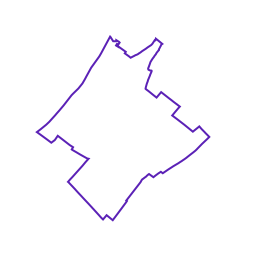 Vanatori, Galati, Romania (Equal Earth projection), rotated 217°
{"feature_id": "2599482B17748522296456", "entity_name": "Vanatori", "entity_type": "district", "adm_level": 2, "iso_a3": "ROU", "parent_name": "Romania", "parent_adm1": "Galati", "projection": "equal_earth", "projection_center": [28.001, 45.514], "detail": "fine", "context": "isolated", "style": "outline", "palette": "violet", "viewbox_px": 256, "rotation_deg": 217, "n_neighbors": 0, "source": "geoboundaries", "source_scale": "gbopen_adm2", "svg_char_len": 2915}
<svg xmlns="http://www.w3.org/2000/svg" viewBox="0 0 256 256"><g transform="rotate(217 128 128)"><path d="M198.3,69.9L193.5,70.0L185.2,70.1L180.6,70.1L180.4,70.1L179.3,73.9L179.2,74.4L179.2,75.1L179.4,79.5L164.3,79.3L160.3,79.6L160.0,77.0L159.3,77.0L154.3,77.6L150.5,78.0L148.3,78.3L142.3,79.1L141.0,79.7L141.4,75.1L141.6,70.6L142.1,64.7L142.4,61.3L142.9,55.3L143.3,51.9L143.4,50.0L143.5,48.9L142.8,48.9L142.4,48.8L141.4,48.6L136.6,47.8L133.8,47.3L133.6,47.3L132.3,47.0L129.1,46.4L120.1,44.8L114.2,43.8L99.2,41.0L95.8,40.3L93.0,39.9L92.9,39.9L92.6,45.5L84.7,45.2L84.7,48.2L84.7,53.6L84.8,67.2L84.9,69.0L85.7,69.0L85.4,90.8L85.4,92.5L85.7,94.3L85.7,94.9L85.7,95.6L85.3,96.7L85.0,97.9L84.7,98.9L84.3,100.1L84.2,101.2L83.8,103.0L83.5,103.9L78.1,104.0L77.4,106.7L76.4,110.1L75.4,112.8L73.0,112.8L70.8,119.3L69.5,122.8L68.9,124.5L67.6,127.7L66.6,130.1L65.8,132.4L65.2,133.9L64.9,134.9L64.1,137.2L63.3,139.8L63.3,140.0L62.0,144.9L61.2,147.8L60.5,150.6L60.4,151.4L60.2,152.4L60.2,152.9L59.3,159.9L58.1,166.9L57.7,169.8L60.3,170.2L62.5,170.5L63.1,170.6L63.7,170.7L63.9,170.7L64.1,170.8L65.6,171.0L66.8,171.2L68.3,171.4L69.2,171.6L69.8,171.7L70.2,171.8L72.0,172.2L72.3,170.9L74.0,164.1L84.9,164.5L93.8,164.6L97.0,164.6L100.2,164.6L100.0,169.2L99.7,174.4L99.5,176.3L107.0,176.3L110.3,176.4L112.8,176.4L123.1,176.6L123.5,169.5L128.4,169.6L133.6,169.8L137.0,169.8L137.6,169.9L138.3,171.3L139.7,174.9L140.2,176.7L140.2,176.8L140.4,177.3L140.8,178.2L142.1,183.3L142.4,184.0L142.6,185.0L142.9,186.2L143.1,187.0L143.2,187.4L143.5,187.8L143.7,188.0L143.8,188.0L144.2,187.7L144.9,187.3L145.4,187.1L145.8,187.0L146.4,187.0L146.7,186.9L146.8,186.9L147.0,187.0L147.3,187.2L147.5,187.4L147.7,187.6L147.9,188.2L148.0,188.5L148.1,189.0L149.2,192.6L149.7,194.0L149.8,194.6L149.9,195.9L150.0,196.6L150.0,197.0L150.0,197.3L150.1,197.8L150.1,198.6L150.1,199.5L150.1,200.8L150.2,201.3L150.2,202.2L150.2,202.8L150.1,203.5L150.2,203.9L150.3,204.3L150.4,205.6L150.3,207.8L150.4,208.6L150.2,208.8L150.3,209.1L150.5,209.4L150.6,209.6L150.8,210.0L150.8,210.3L150.9,211.2L151.2,212.6L151.2,213.1L151.3,213.5L151.5,214.0L151.5,214.9L151.2,215.8L155.9,216.0L159.4,216.1L159.0,215.4L158.9,214.6L159.5,214.5L159.2,209.9L159.4,208.2L160.8,204.3L161.5,201.9L163.0,197.8L163.5,195.9L163.9,194.8L164.2,194.2L164.2,193.9L164.4,193.4L164.5,193.0L165.1,191.8L165.9,190.6L166.4,189.4L166.9,188.4L168.2,185.7L170.1,185.8L170.8,185.8L175.5,185.7L175.6,187.5L184.0,187.3L184.0,187.0L187.2,186.7L187.4,188.6L186.0,188.7L186.1,191.2L187.1,191.4L187.9,191.3L190.2,191.1L189.9,190.7L189.8,190.2L190.2,189.8L190.6,189.4L191.3,188.9L192.1,188.4L197.2,190.3L197.3,190.3L194.4,171.3L194.0,167.8L193.7,154.0L192.2,143.6L192.0,142.5L191.7,140.4L191.4,137.8L191.2,136.3L191.4,129.7L192.5,122.5L192.8,120.2L193.0,107.2L193.4,100.2L193.7,96.5L193.8,94.5L194.3,89.0L194.6,85.5L195.3,81.4L197.0,74.5L197.5,72.7L198.3,69.9Z" fill="none" stroke="#5b21b6" stroke-width="2"/></g></svg>